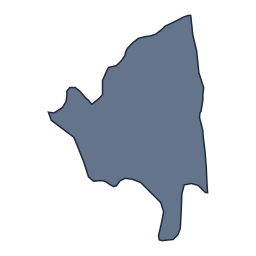 Hwamdeia, Al Jizah, Egypt
{"feature_id": "37247803B31369022265166", "entity_name": "Hwamdeia", "entity_type": "district", "adm_level": 2, "iso_a3": "EGY", "parent_name": "Egypt", "parent_adm1": "Al Jizah", "projection": "equal_earth", "projection_center": [31.259, 29.901], "detail": "fine", "context": "isolated", "style": "filled", "palette": "slate", "viewbox_px": 256, "rotation_deg": 0, "n_neighbors": 0, "source": "geoboundaries", "source_scale": "gbopen_adm2", "svg_char_len": 1280}
<svg xmlns="http://www.w3.org/2000/svg" viewBox="0 0 256 256"><path d="M207.6,192.7L207.0,183.9L206.3,167.8L205.1,152.4L203.4,138.2L202.7,129.8L199.5,117.4L200.0,112.7L201.0,111.5L201.9,106.1L202.7,101.2L202.9,100.2L202.8,94.8L203.7,87.7L198.9,72.9L196.6,50.9L192.8,35.0L190.7,15.4L188.4,15.4L185.7,16.3L183.3,17.2L182.3,17.7L179.8,19.0L177.7,20.1L174.7,21.6L172.4,22.8L170.4,23.7L164.8,26.3L163.3,28.1L160.2,30.7L155.7,34.2L150.4,35.9L144.3,36.8L140.7,37.8L138.2,38.5L133.7,42.0L127.6,48.1L126.1,50.8L124.6,56.1L120.8,61.3L116.2,65.7L108.6,67.4L107.1,70.1L102.5,80.6L102.5,88.5L102.5,94.7L99.4,98.2L91.8,104.3L88.1,99.9L85.8,98.1L82.8,94.6L79.7,91.1L75.2,87.5L69.9,87.5L66.9,91.0L66.9,95.4L66.1,101.6L62.3,107.7L57.4,110.8L53.9,113.0L48.4,112.2L51.4,120.4L74.0,137.4L83.7,161.8L88.5,176.8L93.5,181.2L99.2,180.7L102.8,180.7L105.6,181.6L109.2,184.1L113.5,186.6L116.4,185.8L120.0,180.8L125.0,178.3L132.1,179.2L140.7,182.5L150.7,192.5L160.7,202.5L163.6,211.6L162.1,219.9L159.9,229.9L158.5,235.7L159.2,239.8L162.1,240.6L163.2,240.5L173.1,239.5L177.8,234.9L180.3,228.4L180.6,222.5L181.3,209.3L181.6,200.1L181.7,197.2L181.9,193.6L183.4,187.8L184.2,184.9L191.5,183.5L194.6,184.4L196.4,184.9L198.0,185.3L205.4,192.5L207.6,192.7Z" fill="#64748b" stroke="#1e293b" stroke-width="1.5"/></svg>